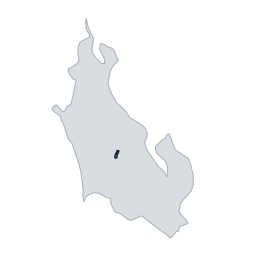 Barva, Heredia, Costa Rica (highlighted), rotated 192°
{"feature_id": "36466004B93518789602304", "entity_name": "Barva", "entity_type": "district", "adm_level": 2, "iso_a3": "CRI", "parent_name": "Costa Rica", "parent_adm1": "Heredia", "projection": "equal_earth", "projection_center": [-84.115, 10.073], "detail": "fine", "context": "in_parent", "style": "filled", "palette": "slate", "viewbox_px": 256, "rotation_deg": 192, "n_neighbors": 0, "source": "geoboundaries", "source_scale": "gbopen_adm2", "svg_char_len": 2652}
<svg xmlns="http://www.w3.org/2000/svg" viewBox="0 0 256 256"><g transform="rotate(192 128 128)"><path d="M206.4,131.3L206.1,132.4L205.3,133.6L204.1,134.9L202.6,135.7L198.9,133.2L195.2,130.3L193.2,131.6L192.5,135.4L191.1,137.3L189.4,138.1L188.7,139.3L188.6,152.0L188.7,163.9L191.5,164.2L196.1,168.3L198.1,170.8L198.7,173.0L198.2,174.1L194.8,176.7L191.5,180.0L189.9,184.1L192.7,190.8L193.4,195.3L193.3,200.0L192.5,202.3L186.1,207.7L184.7,209.6L184.9,211.0L188.4,214.7L190.1,218.3L191.5,222.7L191.7,226.5L188.5,219.5L184.0,212.8L180.2,208.6L179.9,199.0L178.3,193.7L172.5,188.9L167.6,185.5L163.9,186.2L166.2,191.8L172.0,198.9L172.4,201.6L172.3,205.3L168.3,204.7L164.7,203.2L160.4,202.7L157.6,200.6L151.5,192.1L155.8,184.8L157.1,180.1L157.0,170.2L156.0,165.5L151.3,158.2L143.9,150.2L133.4,143.7L128.5,138.5L116.3,134.4L111.7,131.8L108.1,126.8L107.5,123.3L108.8,117.8L105.4,110.9L90.9,97.2L82.8,92.2L81.1,89.2L79.8,88.3L81.0,97.7L84.5,103.4L93.8,108.7L96.4,111.8L97.4,115.8L92.0,123.5L89.3,125.5L88.4,129.7L86.7,130.9L84.8,128.5L77.3,116.5L62.8,110.7L60.1,107.1L54.7,96.1L52.3,86.1L53.2,79.4L59.2,69.0L61.0,64.4L60.7,61.6L60.9,57.5L58.7,54.6L53.1,50.9L49.6,47.9L50.6,46.4L56.9,42.4L57.3,38.7L57.3,37.5L58.3,37.3L59.3,36.3L59.8,35.3L61.6,31.8L63.1,29.8L64.8,29.5L66.9,31.0L74.9,34.7L83.8,38.9L96.4,44.9L101.6,41.1L106.1,38.2L109.3,38.6L116.1,42.0L120.2,43.1L122.7,42.7L127.0,47.7L129.4,51.4L129.8,53.9L131.1,55.3L134.5,55.6L142.8,58.1L147.8,57.6L152.4,54.9L154.9,51.7L155.7,46.7L156.9,49.2L158.3,53.1L158.9,58.2L164.8,75.1L169.6,84.6L180.0,101.9L184.5,105.1L192.2,119.0L194.8,121.3L196.3,125.4L204.2,128.8L206.4,131.3Z" fill="#d9dde1" stroke="#a8b0b8" stroke-width="1"/><path d="M134.9,96.9L134.7,96.8L134.6,96.7L134.5,96.4L134.4,96.4L134.3,96.2L134.2,96.2L134.1,96.3L134.0,96.2L133.9,96.1L133.7,96.0L133.4,96.0L133.2,96.0L132.9,96.0L132.9,95.9L132.8,97.1L132.9,99.3L132.9,99.5L133.0,99.5L133.0,99.8L133.0,100.0L133.3,100.3L133.2,100.4L133.2,100.5L132.9,100.7L132.8,100.8L132.7,100.8L132.7,101.0L132.5,101.3L132.5,101.5L132.4,101.6L132.4,101.8L132.3,102.0L132.3,102.7L132.3,103.0L132.2,103.1L132.2,103.3L132.3,103.4L132.3,103.5L132.3,103.8L132.5,103.8L132.8,103.8L132.8,103.7L133.0,103.5L133.4,103.8L133.5,103.7L133.8,103.5L134.0,103.4L134.1,103.2L133.9,103.0L133.9,102.9L133.9,102.7L133.9,102.4L133.9,102.2L134.0,102.2L134.0,101.9L134.0,101.7L134.2,101.4L134.2,101.2L134.3,101.2L134.4,100.9L134.5,100.9L134.5,100.7L134.6,100.4L134.7,100.2L134.7,99.9L134.7,99.7L134.8,99.7L134.8,99.4L134.9,99.2L135.0,99.0L135.0,98.9L135.0,98.7L134.9,98.6L134.9,98.4L134.9,98.2L134.9,97.3L134.9,97.2L134.9,96.9Z" fill="#64748b" stroke="#1e293b" stroke-width="1.5"/></g></svg>